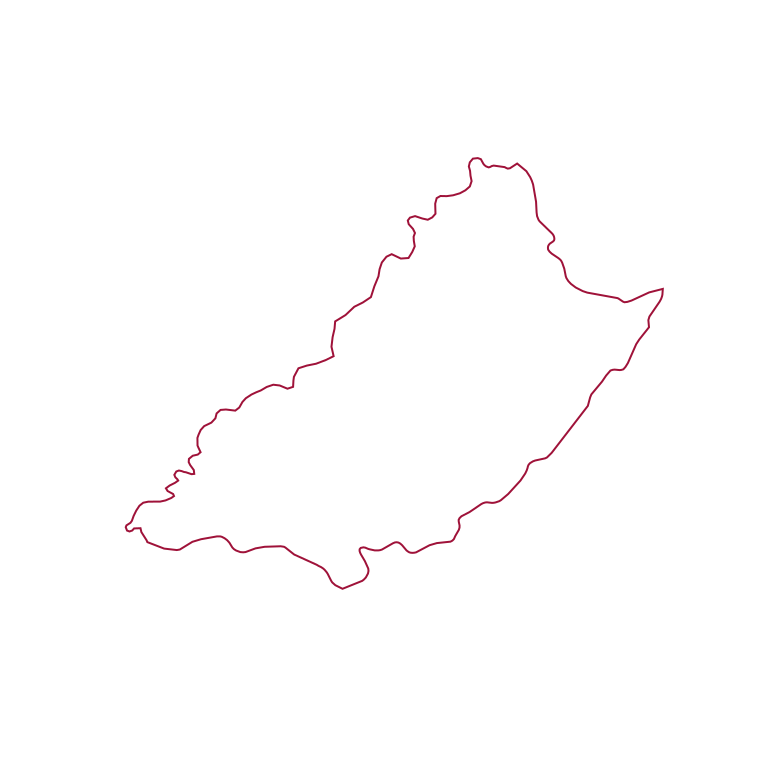 outline of Durazno, rotated 337°
{"feature_id": "URY-13", "entity_name": "Durazno", "entity_type": "Department", "adm_level": 1, "iso_a3": "URY", "parent_name": "Uruguay", "parent_adm1": "", "projection": "albers", "projection_center": [-56.089, -32.962], "detail": "fine", "context": "isolated", "style": "outline", "palette": "rose", "viewbox_px": 768, "rotation_deg": 337, "n_neighbors": 0, "source": "natural_earth", "source_scale": "10m", "svg_char_len": 3794}
<svg xmlns="http://www.w3.org/2000/svg" viewBox="0 0 768 768"><g transform="rotate(337 384 384)"><path d="M553.9,211.3L558.6,212.7L561.0,214.9L561.5,220.1L562.0,221.8L563.0,223.6L565.0,225.5L566.7,225.7L568.3,225.5L570.3,225.8L579.8,231.5L580.9,232.9L582.1,234.1L584.3,234.6L592.7,233.1L598.2,243.7L599.4,250.7L599.5,254.6L599.2,258.6L595.2,275.6L591.5,285.7L590.5,289.3L590.4,293.2L590.8,295.1L597.7,311.5L598.1,313.5L598.0,315.3L597.5,317.1L596.6,318.3L595.1,318.9L591.5,319.6L590.1,320.3L588.9,321.3L588.1,322.7L587.6,324.4L588.1,326.8L589.3,329.5L593.8,336.4L594.9,338.6L595.3,340.3L595.4,342.1L595.0,348.3L593.4,355.9L593.3,357.9L593.9,361.4L595.2,364.9L598.2,370.1L603.2,376.1L606.8,379.3L632.4,396.1L633.2,396.9L633.2,397.0L633.3,397.1L636.2,401.6L637.3,402.7L640.1,403.5L644.4,403.9L663.9,403.3L677.8,405.4L675.2,410.5L674.3,411.8L672.4,413.9L669.9,415.9L654.7,425.6L652.3,428.5L650.1,435.3L636.3,442.8L631.7,445.9L616.7,460.0L613.0,462.6L610.1,464.0L608.1,463.8L606.4,463.3L602.0,460.9L600.1,460.3L597.7,460.1L591.8,463.0L585.6,467.0L570.8,474.6L568.5,476.9L563.1,483.8L511.4,512.9L505.3,515.3L503.3,515.4L493.3,513.5L490.8,513.4L487.5,513.9L485.6,514.8L484.3,516.0L483.3,517.4L481.6,519.3L479.0,521.6L471.9,526.2L455.3,533.8L446.3,536.6L444.3,536.9L440.4,536.6L438.5,536.2L436.9,535.6L432.5,533.1L430.8,532.6L428.8,532.4L426.8,532.5L412.7,535.3L403.6,536.0L401.1,537.0L399.6,538.3L399.0,540.0L398.3,543.7L397.4,545.7L395.9,547.5L390.3,551.7L387.7,554.1L385.7,554.9L383.6,555.1L370.5,551.1L363.0,550.2L347.7,551.5L345.8,551.1L344.1,550.5L342.6,549.7L341.4,548.7L340.5,547.4L339.7,546.0L337.7,539.5L337.0,538.0L336.2,536.6L335.2,535.5L333.8,534.6L332.1,534.1L330.0,534.1L317.4,535.6L315.4,535.4L313.6,534.9L310.4,533.5L306.4,530.7L305.1,529.7L302.8,527.3L301.2,526.3L298.5,525.8L297.0,526.6L296.3,528.1L296.1,530.0L296.2,532.0L297.2,539.6L297.4,547.7L296.7,550.0L295.2,552.2L291.7,555.0L289.2,556.1L287.1,556.7L265.8,556.3L260.6,550.2L258.8,546.4L258.5,544.6L258.0,536.8L257.7,535.0L256.8,532.0L256.0,530.2L254.5,527.9L252.7,525.9L251.5,524.2L234.7,505.9L229.3,496.0L228.4,494.8L225.5,493.0L210.5,487.2L201.5,485.1L190.9,484.6L188.6,483.9L186.1,482.6L182.8,479.5L181.3,477.3L180.5,475.2L179.7,469.7L178.6,466.5L177.0,463.7L175.0,461.3L173.7,460.3L170.6,459.0L155.0,455.4L146.0,454.4L131.4,456.6L128.4,455.9L117.3,449.6L104.4,437.1L104.4,435.1L102.8,425.5L103.5,421.6L97.5,419.3L95.0,420.5L92.1,420.3L90.2,418.5L90.3,414.9L91.7,413.5L96.4,412.7L98.5,411.4L102.0,407.6L106.5,403.7L111.3,400.5L116.0,399.2L121.0,400.2L132.1,404.8L137.4,405.8L143.6,405.8L146.9,405.1L146.9,402.9L143.0,398.0L142.5,394.8L147.0,393.7L153.0,393.3L156.8,392.5L156.6,391.0L155.5,388.4L155.5,385.7L158.6,383.4L161.4,383.5L163.7,385.1L165.6,386.9L167.1,387.8L171.6,391.8L174.2,392.6L175.3,388.9L173.9,382.9L173.7,379.6L175.2,376.7L179.9,375.3L185.0,376.2L188.5,375.1L188.3,369.9L188.3,367.8L191.2,360.7L193.6,358.1L197.3,354.7L202.0,352.5L210.0,352.1L215.4,349.7L218.4,345.7L223.4,344.0L228.5,345.7L236.7,350.4L241.6,349.1L246.7,345.2L251.3,343.1L257.9,341.9L263.3,341.7L268.0,341.8L274.9,340.9L281.8,341.4L287.4,344.6L293.3,350.6L299.2,351.1L302.0,345.4L303.9,342.2L311.4,336.1L320.2,336.9L329.4,338.8L339.8,339.2L348.5,338.7L350.2,329.2L355.0,320.8L360.0,313.9L363.5,307.3L375.5,305.5L386.8,301.3L396.4,300.7L405.9,298.9L413.3,290.3L421.0,282.7L424.8,276.6L429.5,271.3L436.0,267.8L441.8,267.5L448.5,275.1L455.8,277.6L461.6,273.5L466.1,269.3L467.4,263.9L468.8,260.0L471.5,257.1L471.3,252.6L469.2,246.6L469.8,242.8L472.9,241.0L478.2,241.6L484.0,246.7L488.5,249.9L493.5,249.5L497.9,247.4L501.6,238.0L505.1,233.5L509.4,233.0L515.2,235.6L521.4,237.3L528.4,238.1L534.6,237.5L540.2,235.7L543.9,231.5L545.0,226.1L546.5,221.4L547.1,216.9L549.6,213.5L553.9,211.3Z" fill="none" stroke="#9f1239" stroke-width="2"/></g></svg>